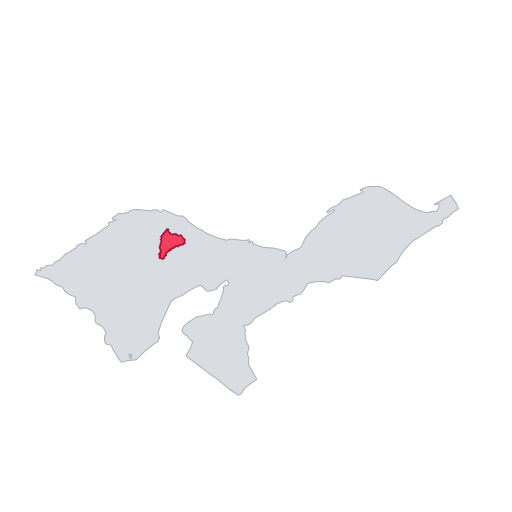 location of Gile, Zambezia, Mozambique, rotated 238°
{"feature_id": "85939544B5310870224650", "entity_name": "Gile", "entity_type": "district", "adm_level": 2, "iso_a3": "MOZ", "parent_name": "Mozambique", "parent_adm1": "Zambezia", "projection": "natural_earth1", "projection_center": [38.293, -15.881], "detail": "fine", "context": "in_parent", "style": "filled", "palette": "rose", "viewbox_px": 512, "rotation_deg": 238, "n_neighbors": 0, "source": "geoboundaries", "source_scale": "gbopen_adm2", "svg_char_len": 8243}
<svg xmlns="http://www.w3.org/2000/svg" viewBox="0 0 512 512"><g transform="rotate(238 256 256)"><path d="M170.7,345.9L173.6,343.4L192.4,320.1L193.6,319.2L192.0,315.3L194.4,310.8L194.7,303.8L195.4,302.7L198.3,300.4L202.3,293.2L204.7,287.6L205.0,284.9L201.3,277.3L200.2,273.2L201.3,269.6L201.6,266.3L201.1,265.2L198.9,263.9L198.5,262.4L198.5,260.6L199.0,259.7L201.7,258.1L202.3,257.3L204.4,248.4L203.6,241.7L203.5,234.1L204.0,226.2L203.7,221.7L201.9,216.5L201.7,212.8L203.0,210.2L203.2,208.7L199.0,207.9L196.8,205.8L188.7,202.4L182.5,201.9L177.3,196.7L173.2,195.9L168.0,192.1L151.6,191.4L151.0,191.0L150.3,179.7L149.7,175.9L147.6,171.9L147.0,169.1L147.2,167.3L156.2,163.1L173.9,157.3L177.8,155.4L208.0,143.8L208.8,144.5L211.9,150.4L217.0,157.1L218.2,156.2L225.4,155.1L226.5,154.2L228.7,153.6L231.2,153.3L232.1,153.7L234.8,157.8L235.8,165.6L235.9,170.9L235.6,174.6L233.5,179.0L231.9,184.5L229.6,187.5L229.7,188.9L232.3,192.1L232.9,193.5L232.7,196.4L233.2,197.5L235.5,199.2L237.2,202.0L243.8,209.9L245.5,211.3L246.8,211.6L247.5,213.2L247.1,215.0L246.1,216.0L246.5,217.5L247.8,218.7L250.8,218.5L251.2,218.0L250.9,211.0L249.9,207.0L248.6,205.0L251.1,197.5L252.5,195.4L257.4,194.6L259.6,193.9L260.6,193.0L261.3,190.6L261.9,183.9L262.1,177.6L261.6,173.9L262.2,168.3L263.3,164.9L262.8,164.2L262.4,159.6L250.0,141.0L243.0,132.7L241.8,131.8L237.9,131.1L235.9,128.0L234.2,111.4L231.5,99.3L235.5,91.4L236.9,86.2L237.7,85.5L241.1,85.1L253.3,85.3L256.4,85.8L257.7,85.3L260.9,82.2L263.5,82.2L267.0,84.2L268.9,86.0L269.3,87.4L271.6,88.3L276.0,88.5L279.2,87.8L281.2,86.0L283.3,85.0L285.5,84.9L287.2,85.5L288.3,86.9L290.4,87.8L293.6,88.4L297.1,87.5L300.9,85.3L303.0,82.9L304.2,78.9L304.9,78.4L310.2,78.0L313.0,78.8L316.7,81.2L322.9,76.8L326.9,75.3L330.7,75.3L333.8,74.3L336.2,72.1L338.8,70.8L344.0,69.2L347.6,67.0L357.4,58.4L358.5,60.9L360.4,63.2L357.8,65.7L360.1,67.2L358.4,69.6L358.2,71.3L359.0,72.9L357.9,75.6L356.5,77.7L356.1,79.3L357.4,82.1L356.7,87.1L358.7,95.5L358.1,98.2L358.5,104.8L357.8,107.2L359.0,108.0L359.7,110.6L359.1,115.2L356.9,117.1L356.7,119.0L359.4,119.0L359.4,124.8L359.0,126.5L359.7,128.4L358.9,130.5L359.8,139.7L359.9,146.4L360.0,147.5L362.4,148.6L362.3,150.4L360.8,152.8L360.9,156.4L362.6,153.6L363.6,153.6L364.4,154.7L364.5,158.7L365.0,160.7L364.8,162.5L362.0,165.8L361.9,169.1L360.8,169.5L360.3,170.3L361.0,172.1L361.0,173.8L359.1,178.9L349.8,191.1L349.6,193.1L347.2,197.0L344.7,197.6L343.3,198.7L344.4,202.0L332.0,210.6L330.8,211.8L328.8,215.0L324.7,216.6L320.3,216.8L319.5,217.5L309.6,221.5L307.6,223.4L303.3,225.1L296.6,229.4L291.2,233.5L284.9,239.6L284.1,242.8L281.2,247.1L276.8,252.2L274.2,256.4L274.0,258.3L272.5,258.8L271.2,257.1L270.6,260.5L269.6,260.7L268.4,260.0L262.8,263.7L258.7,267.8L252.9,275.7L244.5,283.4L242.5,283.6L239.9,280.9L238.4,280.7L240.6,283.6L240.5,290.1L239.5,297.7L239.6,299.3L245.3,307.4L248.1,316.7L248.4,321.6L251.2,327.7L252.5,337.1L252.3,345.7L253.7,347.1L254.2,345.9L254.4,340.4L255.1,339.0L255.9,339.2L256.6,342.1L256.9,345.2L255.9,352.0L256.2,354.8L257.6,359.4L256.0,364.8L253.6,379.6L254.2,380.5L255.4,380.8L255.9,379.2L256.7,379.2L257.1,380.2L256.0,386.0L255.0,388.6L251.3,394.8L249.4,397.5L246.1,400.1L238.4,404.3L222.9,410.2L213.1,414.9L205.4,420.4L202.0,424.1L200.7,428.4L198.1,432.8L200.4,436.6L203.4,439.2L204.7,434.8L205.4,434.8L204.3,453.3L193.6,453.6L190.5,452.9L188.8,453.0L188.5,445.3L187.2,439.5L187.7,435.4L187.5,433.2L185.2,431.7L184.6,427.3L185.8,423.8L185.5,395.6L181.5,381.8L176.3,371.9L175.9,367.0L173.5,356.1L170.7,345.9ZM238.3,98.2L239.5,97.5L239.7,96.1L238.9,95.4L238.2,95.6L237.8,97.8L238.3,98.2ZM237.4,95.7L236.3,94.7L235.6,94.9L235.3,95.8L236.1,96.9L237.0,96.9L237.4,95.7Z" fill="#d9dde1" stroke="#a8b0b8" stroke-width="1"/><path d="M304.7,198.8L304.9,199.2L304.9,199.3L304.8,199.7L304.6,200.0L304.3,200.4L304.4,200.6L304.6,200.8L304.6,201.1L304.7,201.3L304.7,201.6L304.9,201.9L304.8,202.0L305.1,202.0L305.4,202.1L305.5,202.2L305.7,202.3L305.6,202.6L305.9,202.5L306.1,202.6L306.3,202.9L306.4,203.0L306.5,203.4L306.6,203.7L306.8,203.8L307.0,203.9L307.1,204.1L307.3,204.2L307.5,203.9L307.9,203.9L308.1,203.9L308.2,204.1L308.3,203.9L308.3,204.0L308.9,203.8L309.3,203.4L310.1,203.6L310.7,203.6L311.8,203.6L312.1,203.7L312.3,203.6L312.7,203.3L313.3,203.3L313.7,203.3L313.7,203.1L313.5,202.8L313.6,202.5L313.7,202.4L313.9,202.2L314.0,201.7L314.2,201.3L314.3,200.8L314.4,200.7L315.0,200.5L315.3,200.3L315.6,200.3L315.6,200.2L315.8,199.9L316.3,199.8L316.6,200.0L316.7,199.9L316.9,199.9L317.0,199.8L317.3,199.9L317.5,199.7L317.4,199.3L317.6,199.2L317.7,198.8L317.8,198.1L317.8,197.7L318.0,197.7L318.1,197.4L318.3,197.4L318.5,196.8L318.8,196.7L318.8,196.3L318.9,196.1L319.0,196.0L319.2,195.9L319.5,195.6L319.8,195.4L320.1,195.0L320.6,195.2L321.0,195.5L321.2,195.4L321.5,195.4L322.3,194.9L323.0,194.7L323.9,194.4L324.6,195.1L324.5,195.4L324.5,195.6L324.6,195.8L324.9,195.7L324.9,195.4L325.0,195.3L325.3,195.6L325.5,195.6L325.4,195.2L325.7,194.6L325.9,194.5L325.9,194.4L325.7,194.4L325.6,194.2L325.6,193.8L325.5,193.7L325.4,193.5L325.3,193.3L325.3,193.2L325.4,192.8L325.4,192.7L325.1,192.4L325.0,192.1L324.9,191.8L324.5,191.6L324.5,191.3L324.4,191.0L324.6,190.9L324.5,190.6L324.5,190.3L324.4,190.1L324.3,189.9L324.1,189.8L323.9,189.8L323.9,189.7L323.9,189.4L324.0,189.3L324.0,189.0L324.0,188.9L323.8,188.8L323.5,188.8L323.4,188.8L323.4,188.2L323.5,187.8L323.5,187.7L323.2,187.5L323.1,187.3L323.2,186.7L322.8,186.4L322.7,186.1L322.7,185.9L322.4,186.1L322.1,186.1L321.8,186.0L321.8,185.8L321.7,185.7L321.4,185.4L321.2,185.3L321.0,185.2L320.9,184.9L320.9,184.7L320.8,184.2L320.7,184.1L320.6,183.8L320.4,183.8L320.2,183.9L319.9,184.0L319.6,183.9L319.4,183.8L319.3,183.7L319.0,183.8L318.9,183.8L318.8,183.7L318.7,183.6L318.5,183.3L318.2,183.2L318.0,182.9L317.7,182.4L317.5,182.0L317.4,181.7L316.8,181.2L316.7,181.2L316.4,181.3L316.3,181.2L316.2,181.0L316.1,180.9L315.9,180.9L315.7,180.7L315.6,180.3L315.5,180.2L315.4,179.9L315.4,179.7L315.1,179.8L314.8,179.7L314.6,179.4L314.4,179.1L314.2,179.0L314.2,178.9L314.1,178.6L313.7,178.7L313.3,178.6L313.2,178.6L313.2,178.4L312.8,178.4L312.4,178.5L312.0,178.4L311.9,178.1L311.7,178.1L311.6,178.4L311.2,178.5L311.1,178.4L310.8,178.2L310.6,178.2L310.2,177.8L310.2,177.7L310.0,177.4L310.1,177.2L309.9,177.0L309.7,177.0L309.5,176.7L309.4,176.8L309.3,176.7L309.3,176.3L309.4,176.1L309.5,175.8L309.5,175.7L309.3,175.8L309.0,175.9L308.9,175.9L308.8,175.7L308.6,175.6L308.7,175.4L308.4,175.4L308.1,175.5L307.9,175.4L307.6,175.3L307.7,175.1L307.4,175.3L307.3,175.2L307.1,175.1L307.0,174.9L306.8,174.8L306.7,174.8L306.6,174.4L306.6,174.0L306.7,173.9L306.4,173.8L306.1,173.5L306.1,173.4L305.8,173.3L305.7,173.4L305.5,173.2L305.3,173.1L305.2,173.4L305.0,173.5L304.9,173.7L304.8,173.9L304.9,174.2L304.7,174.3L304.2,174.3L303.6,174.6L303.4,174.7L303.3,174.9L303.2,175.1L302.9,175.5L302.7,175.7L302.6,175.9L302.6,176.1L302.7,176.3L303.0,176.6L303.0,176.8L303.2,177.1L303.3,177.2L303.3,177.4L303.3,177.5L303.4,177.8L303.6,178.1L303.7,178.4L303.8,178.4L303.9,178.6L304.1,178.7L304.3,178.9L304.4,179.0L304.4,179.4L304.4,179.5L304.4,179.9L304.2,180.2L304.2,180.3L304.5,180.3L304.8,180.3L305.1,180.2L305.2,180.4L305.4,180.4L305.6,180.3L305.7,180.6L305.8,180.7L305.7,180.9L305.7,181.1L305.8,181.3L305.8,181.5L306.1,181.5L306.0,181.9L306.1,182.1L306.4,182.4L306.5,183.1L306.4,183.3L306.2,183.5L306.1,183.8L306.3,184.0L306.2,184.1L306.3,184.2L306.3,184.4L306.3,184.5L306.5,184.6L306.5,184.9L306.6,185.0L306.9,185.1L307.0,185.4L306.9,185.5L306.8,185.8L306.7,185.9L306.7,185.6L306.4,185.7L306.3,185.8L306.4,186.1L306.4,186.5L306.3,187.0L306.9,187.0L306.8,187.3L306.7,187.4L306.7,187.6L306.7,187.9L306.8,187.9L306.8,188.0L307.0,188.0L307.2,188.3L307.0,188.5L306.8,188.5L306.7,188.9L306.7,189.1L306.6,189.4L306.8,189.6L306.9,189.9L306.9,190.0L306.7,190.2L306.8,190.3L306.8,190.8L306.7,190.8L306.6,191.0L306.5,190.9L306.4,190.9L306.4,191.0L306.5,191.1L306.4,191.3L306.5,191.3L306.3,191.6L306.3,191.8L306.6,192.4L306.9,192.5L307.0,192.8L306.9,192.9L306.9,193.1L306.7,193.3L306.7,193.5L306.5,193.9L306.3,194.0L306.2,194.1L305.9,194.2L305.9,194.4L305.6,194.5L305.7,194.8L305.6,195.0L305.5,195.5L305.3,195.7L305.5,195.9L305.5,196.3L305.7,196.5L305.6,196.8L305.6,197.0L305.6,197.6L305.4,198.2L305.2,198.5L304.7,198.8Z" fill="#f43f5e" stroke="#9f1239" stroke-width="1.5"/></g></svg>